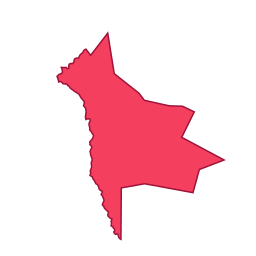 Aroazes, Piauí, Brazil, rotated 59°
{"feature_id": "56859067B8295879910763", "entity_name": "Aroazes", "entity_type": "district", "adm_level": 2, "iso_a3": "BRA", "parent_name": "Brazil", "parent_adm1": "Piauí", "projection": "albers", "projection_center": [-41.863, -6.125], "detail": "fine", "context": "isolated", "style": "filled", "palette": "rose", "viewbox_px": 256, "rotation_deg": 59, "n_neighbors": 0, "source": "geoboundaries", "source_scale": "gbopen_adm2", "svg_char_len": 2087}
<svg xmlns="http://www.w3.org/2000/svg" viewBox="0 0 256 256"><g transform="rotate(59 128 128)"><path d="M216.9,105.6L200.3,88.2L204.9,62.1L166.6,85.0L163.7,86.8L148.3,62.9L137.4,70.1L130.3,81.1L126.3,85.4L112.7,99.7L103.7,100.7L92.4,105.0L76.4,111.0L74.3,111.8L36.2,96.5L46.5,122.6L38.8,123.4L38.5,124.9L39.1,126.6L40.2,128.1L40.3,129.9L40.8,131.8L41.9,133.3L42.6,134.6L41.6,136.0L41.2,137.8L42.0,139.2L43.5,140.3L44.3,142.2L43.2,143.8L43.0,145.5L44.0,146.6L45.2,147.5L46.3,148.2L45.9,149.5L44.0,150.0L43.5,151.2L42.6,152.6L41.7,154.0L43.2,154.2L44.7,154.7L45.9,155.2L47.0,156.0L46.8,158.2L46.6,159.7L46.8,161.0L47.3,162.3L48.8,162.5L50.9,163.0L52.9,163.7L53.1,162.3L54.4,161.3L56.6,160.9L57.3,159.9L58.3,158.8L59.0,157.7L60.5,157.8L62.1,157.0L64.4,156.9L69.5,154.7L70.7,154.1L73.8,152.6L78.1,152.7L82.3,152.0L83.9,152.4L85.1,153.6L86.1,154.7L89.0,154.1L91.3,155.0L92.9,155.7L93.7,156.6L95.2,157.6L96.4,158.7L97.8,159.3L99.1,159.7L99.3,158.0L100.6,156.1L102.4,156.5L102.9,157.7L104.4,159.4L106.5,160.2L108.7,160.9L109.8,161.8L112.2,161.4L114.4,161.5L115.7,161.3L116.9,161.6L118.2,163.0L119.2,164.8L119.7,166.3L120.1,167.9L121.5,168.4L122.7,169.3L123.9,168.8L125.3,168.6L126.6,169.9L127.5,171.3L128.6,172.7L130.3,173.1L131.7,173.9L133.3,174.1L134.9,174.5L136.2,174.7L137.5,175.6L138.4,177.0L140.0,178.1L142.3,178.9L143.7,180.3L144.5,181.4L145.5,182.6L147.0,182.9L148.1,183.9L149.0,185.0L150.5,184.3L151.5,183.7L153.4,184.2L156.0,183.9L157.7,184.1L159.3,184.2L160.5,183.5L161.9,183.3L163.9,183.7L166.0,184.2L167.8,183.5L169.0,182.6L170.1,183.5L171.2,185.3L173.2,184.9L174.8,185.2L176.2,185.4L178.1,186.1L178.8,187.3L179.6,188.4L180.7,189.6L182.6,189.2L184.7,189.5L186.3,189.0L187.9,188.7L189.5,188.1L190.9,188.7L192.0,190.1L193.4,190.5L195.1,190.0L196.6,189.6L197.6,188.7L198.7,189.6L199.3,190.6L200.7,190.9L201.9,191.8L203.2,192.9L204.8,191.9L206.3,192.1L207.6,191.6L209.0,192.1L209.8,193.8L211.4,193.9L212.7,193.5L213.1,191.9L214.5,191.5L216.9,192.3L218.7,192.0L219.8,191.4L175.9,164.6L184.3,142.6L189.5,136.6L216.9,105.6Z" fill="#f43f5e" stroke="#9f1239" stroke-width="1.5"/></g></svg>